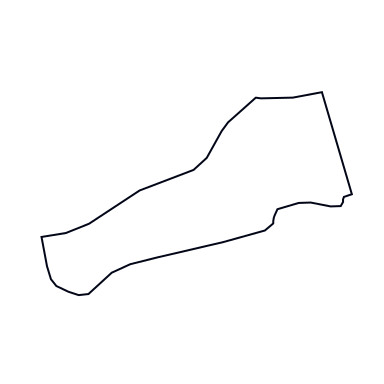 SVG path tracing the border of Ouémé, rotated 259°
{"feature_id": "BEN-2177", "entity_name": "Ouémé", "entity_type": "Department", "adm_level": 1, "iso_a3": "BEN", "parent_name": "Benin", "parent_adm1": "", "projection": "albers", "projection_center": [2.527, 6.671], "detail": "fine", "context": "isolated", "style": "outline", "palette": "ink", "viewbox_px": 384, "rotation_deg": 259, "n_neighbors": 0, "source": "natural_earth", "source_scale": "10m", "svg_char_len": 648}
<svg xmlns="http://www.w3.org/2000/svg" viewBox="0 0 384 384"><g transform="rotate(259 192 192)"><path d="M269.1,287.3L265.4,309.0L265.2,338.6L264.9,338.6L159.3,348.5L158.2,340.2L155.8,338.8L153.4,338.4L149.8,335.3L151.4,325.3L159.0,306.5L160.9,294.7L158.8,272.6L153.2,268.6L151.1,267.4L148.2,266.3L145.6,265.7L140.3,256.2L136.8,212.1L136.3,197.5L134.4,145.5L132.9,117.6L128.1,97.8L111.6,70.9L112.4,61.1L117.7,51.6L125.6,40.9L133.3,36.9L146.8,35.5L176.6,35.7L175.8,60.4L180.5,84.9L203.5,140.9L213.4,197.8L222.7,213.0L246.1,232.7L253.5,240.7L272.3,272.4L272.4,272.7L270.8,277.4L269.1,287.3Z" fill="none" stroke="#020617" stroke-width="2"/></g></svg>